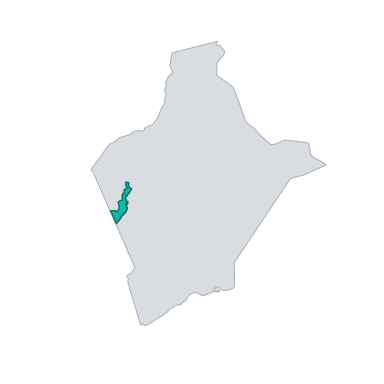 Narok South, Rift Valley, Kenya shown in context, rotated 34°
{"feature_id": "3690345B7468975008705", "entity_name": "Narok South", "entity_type": "district", "adm_level": 2, "iso_a3": "KEN", "parent_name": "Kenya", "parent_adm1": "Rift Valley", "projection": "robinson", "projection_center": [35.805, -1.359], "detail": "fine", "context": "in_parent", "style": "filled", "palette": "teal", "viewbox_px": 384, "rotation_deg": 34, "n_neighbors": 0, "source": "geoboundaries", "source_scale": "gbopen_adm2", "svg_char_len": 6492}
<svg xmlns="http://www.w3.org/2000/svg" viewBox="0 0 384 384"><g transform="rotate(34 192 192)"><path d="M95.9,230.3L95.9,225.6L96.4,213.8L96.4,203.4L96.9,198.2L99.2,194.9L100.2,192.5L101.0,189.1L102.1,186.4L104.8,184.2L105.3,183.0L108.2,179.2L109.9,174.5L111.2,172.9L112.8,171.4L113.9,170.6L115.8,169.8L117.3,169.3L117.5,169.0L117.6,168.2L117.2,165.2L117.8,164.3L118.8,162.3L119.9,160.4L121.0,159.3L121.5,158.1L121.8,156.0L121.9,154.5L121.8,152.1L121.5,146.6L120.3,142.1L119.6,136.9L120.1,135.2L119.2,132.2L118.7,132.1L117.9,131.4L116.9,128.6L116.2,126.0L115.7,125.4L112.5,123.1L110.9,117.8L109.1,116.6L108.1,111.3L107.9,109.8L108.9,104.5L108.8,103.3L107.8,102.2L104.7,101.0L102.3,98.9L102.6,98.1L102.8,97.3L101.5,96.8L97.7,87.8L102.6,82.3L107.5,76.8L113.7,69.9L119.5,63.5L124.4,58.0L128.9,53.0L128.7,54.0L128.8,55.2L129.3,56.0L130.2,56.5L131.5,56.0L132.6,55.2L133.7,55.0L140.3,57.1L141.4,58.9L141.4,60.8L141.7,62.2L141.2,63.6L140.6,67.8L140.8,71.7L142.7,74.6L144.5,76.9L146.0,80.0L147.0,81.0L148.4,81.5L153.0,81.6L159.8,81.8L166.3,82.0L166.9,82.1L168.3,82.5L174.3,86.8L179.8,90.7L184.4,94.1L188.9,97.5L193.3,100.7L196.7,103.3L200.1,104.2L205.5,104.5L209.3,104.7L212.8,105.8L217.9,106.8L221.8,107.4L224.1,108.0L230.6,108.6L231.7,108.2L234.5,105.3L237.7,100.5L239.0,97.8L243.1,95.2L250.4,91.5L255.5,88.9L261.2,86.3L263.8,88.6L267.4,92.2L269.0,94.0L270.2,94.8L272.2,95.3L274.5,95.3L275.8,95.2L278.5,94.8L284.6,94.3L288.1,94.4L285.2,99.2L281.6,104.9L275.1,115.5L270.1,121.1L266.4,125.4L266.0,126.1L266.1,130.8L266.1,142.3L266.2,165.3L266.3,188.3L266.4,211.3L266.4,222.8L266.4,226.7L269.7,231.5L273.0,236.2L277.2,242.5L279.5,245.8L279.9,246.9L279.8,249.2L276.2,253.9L273.4,256.0L269.5,257.0L268.3,256.8L266.8,256.1L266.2,257.3L265.8,259.0L264.9,258.6L264.3,258.1L264.7,261.2L265.0,262.8L264.5,264.9L262.6,266.7L262.4,268.2L258.3,272.2L252.6,272.7L249.5,274.6L248.2,276.3L247.1,279.8L247.5,285.3L245.9,289.5L245.6,291.6L242.6,294.3L241.3,296.8L240.3,299.4L239.4,300.5L238.4,306.2L237.0,309.7L236.7,310.8L236.3,311.9L235.2,313.9L234.5,315.3L234.0,316.2L230.5,325.1L227.8,329.1L225.6,328.7L224.2,330.2L224.0,331.0L223.3,330.5L221.5,329.1L217.8,326.1L214.1,323.0L210.4,320.0L206.7,317.0L203.0,314.0L199.3,311.0L195.6,308.0L191.9,304.9L189.7,303.2L188.8,302.1L188.0,300.1L187.7,299.5L186.7,298.9L185.5,298.7L185.2,298.3L185.2,297.3L185.6,295.9L187.0,293.1L187.1,291.5L186.9,289.6L186.4,286.7L186.1,286.0L183.6,284.5L178.5,281.2L173.3,278.0L168.2,274.7L163.1,271.5L157.9,268.2L152.8,265.0L147.7,261.7L142.5,258.5L137.4,255.2L132.3,252.0L127.1,248.7L122.0,245.5L116.9,242.3L111.7,239.0L106.6,235.8L101.4,232.5L99.5,231.3L97.8,230.3L95.9,230.3ZM266.8,261.8L265.9,262.1L266.4,260.5L269.0,258.5L270.1,258.9L270.3,259.4L270.2,259.8L269.8,260.2L266.8,261.8Z" fill="#d9dde1" stroke="#a8b0b8" stroke-width="1"/><path d="M132.8,222.7L134.0,223.8L134.4,223.9L134.6,224.1L135.2,224.2L135.5,224.3L135.4,224.6L135.2,224.8L135.1,225.0L134.9,225.0L135.1,225.0L135.2,224.9L135.3,224.9L135.6,225.2L135.8,225.3L135.2,226.0L135.3,226.0L135.4,226.4L135.2,226.6L135.4,226.8L135.5,226.9L135.5,227.0L135.4,227.2L135.2,227.5L134.9,227.7L134.8,227.8L134.7,227.9L134.5,228.5L135.2,229.2L135.4,229.5L135.8,229.9L136.0,230.1L136.0,230.6L136.0,231.0L135.9,231.3L135.7,231.4L135.6,232.0L135.8,232.4L135.8,232.5L135.9,232.9L136.1,233.0L136.4,233.3L136.0,233.8L136.4,234.2L137.0,235.1L137.2,235.4L137.3,235.6L137.8,236.3L138.1,236.9L138.4,237.2L138.6,237.7L138.6,237.8L138.2,238.5L137.8,239.0L137.3,239.7L137.1,239.9L136.9,240.1L136.7,240.9L136.7,241.3L136.5,241.7L137.4,242.6L138.7,243.7L139.1,244.1L139.4,244.5L140.0,245.3L140.3,245.7L140.7,246.8L140.8,247.1L140.9,247.3L141.0,247.2L141.1,247.3L141.2,247.6L141.2,248.1L140.7,249.3L140.5,249.6L140.3,249.8L140.3,250.1L140.3,250.3L140.3,250.6L140.3,250.8L140.1,250.8L139.9,250.8L139.8,250.7L139.7,250.7L139.4,250.7L139.2,250.7L138.8,250.5L138.4,250.7L138.1,250.9L136.9,251.8L135.1,253.1L146.5,260.3L146.5,259.7L147.1,259.7L147.1,258.7L147.0,258.4L147.1,258.1L147.2,257.8L147.3,257.6L147.2,257.5L147.3,257.5L147.3,257.0L147.4,256.8L147.4,256.5L147.5,256.3L147.4,256.1L147.5,255.8L147.4,255.6L147.4,255.3L147.2,255.2L147.5,255.0L147.5,254.9L147.4,254.9L147.2,254.8L147.2,254.7L147.2,254.4L147.3,254.5L147.3,254.2L147.5,254.1L147.7,253.9L147.6,253.6L147.6,253.4L147.7,253.2L147.4,252.9L147.5,252.9L147.4,252.6L147.2,252.7L147.1,252.3L147.0,252.2L146.9,252.2L146.9,252.3L146.9,252.2L147.1,251.9L147.1,251.7L147.2,251.4L146.9,251.3L147.1,251.3L147.2,251.1L147.2,250.9L147.3,251.0L147.3,250.9L147.2,250.7L147.3,250.6L147.3,250.4L147.5,250.3L147.5,250.1L147.6,249.8L147.5,249.5L147.6,249.4L147.8,249.5L147.9,249.3L148.0,249.2L147.9,248.9L147.8,248.7L147.9,248.4L147.7,248.3L147.8,248.2L147.7,248.0L147.6,247.9L147.7,247.7L147.8,247.5L147.9,247.2L147.7,247.0L147.8,247.0L148.0,247.0L148.0,246.9L148.1,246.7L148.3,246.3L148.4,246.0L148.5,246.0L148.5,245.8L148.5,245.7L148.5,245.4L148.3,245.0L148.0,244.2L147.9,244.0L147.9,243.7L147.7,243.6L148.1,243.0L148.1,242.9L148.1,242.7L147.9,242.6L147.9,242.4L147.6,242.1L147.3,242.1L147.2,241.9L147.1,241.6L146.9,241.5L147.0,241.5L147.0,241.4L147.0,241.2L146.9,241.0L146.8,240.9L146.7,240.8L146.5,240.7L146.4,240.8L146.2,240.9L146.1,241.0L145.8,240.6L145.7,240.5L145.4,240.4L145.1,240.2L144.9,240.0L144.6,239.8L144.4,239.1L144.5,239.2L144.9,239.1L145.0,239.0L145.0,238.9L145.0,238.7L145.3,238.4L145.1,238.3L145.1,238.2L145.0,237.8L144.9,237.7L144.5,237.5L144.5,237.4L144.4,237.3L144.6,237.1L144.4,237.0L144.3,236.9L144.4,236.6L144.2,236.5L144.2,236.2L144.1,236.3L144.0,236.2L143.8,236.1L143.7,236.0L143.4,236.1L143.2,236.2L142.8,236.2L142.7,236.3L142.8,236.4L142.7,236.5L142.6,236.4L142.4,236.2L142.2,235.9L142.1,235.7L142.0,235.4L141.9,235.3L141.8,235.2L141.7,235.2L141.4,235.2L141.2,235.2L141.1,234.9L140.9,234.7L140.7,234.7L140.7,234.4L140.6,234.2L140.4,234.1L140.2,233.9L140.1,233.7L140.0,233.3L139.8,233.0L139.9,232.8L139.8,232.7L139.7,232.6L139.6,232.4L139.4,232.3L139.4,232.2L139.2,232.2L139.2,231.7L140.5,231.4L140.4,231.2L140.2,230.9L140.2,230.5L140.2,230.4L140.2,230.2L140.2,229.9L140.2,229.7L140.1,229.4L140.2,229.1L140.3,228.9L140.2,228.7L140.3,228.6L140.2,228.6L140.3,228.3L140.3,228.1L140.3,227.8L140.3,227.5L140.2,227.4L140.3,227.2L140.2,226.9L140.2,226.6L140.2,226.4L140.3,225.9L140.3,225.5L140.4,225.2L140.5,224.9L140.4,224.6L140.3,224.3L140.2,224.0L140.1,223.8L140.1,223.5L140.0,223.4L140.0,223.1L136.9,223.1L134.6,220.4L134.4,219.7L131.9,220.5L132.6,222.6L132.8,222.7Z" fill="#14b8a6" stroke="#0f766e" stroke-width="1.5"/></g></svg>